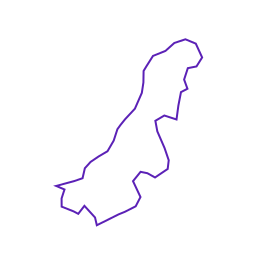 outline of Dong-gu, South Chungcheong, South Korea, rotated 198°
{"feature_id": "91817680B53543824194985", "entity_name": "Dong-gu", "entity_type": "district", "adm_level": 2, "iso_a3": "KOR", "parent_name": "South Korea", "parent_adm1": "South Chungcheong", "projection": "natural_earth1", "projection_center": [127.479, 36.306], "detail": "fine", "context": "isolated", "style": "outline", "palette": "violet", "viewbox_px": 256, "rotation_deg": 198, "n_neighbors": 0, "source": "geoboundaries", "source_scale": "gbopen_adm2", "svg_char_len": 758}
<svg xmlns="http://www.w3.org/2000/svg" viewBox="0 0 256 256"><g transform="rotate(198 128 128)"><path d="M148.8,31.0L145.4,40.5L131.7,32.7L127.6,25.9L110.2,43.0L105.1,47.3L96.5,55.9L94.8,66.2L106.8,79.0L102.5,90.2L95.6,91.0L87.0,89.3L79.5,98.9L77.6,101.3L79.3,109.9L87.0,120.2L99.1,133.9L104.2,143.3L97.3,151.1L84.5,151.1L87.0,164.8L88.7,178.5L83.6,183.7L89.6,191.4L89.6,203.4L81.9,207.7L79.3,218.0L89.6,229.2L100.8,230.1L110.2,223.2L116.2,212.9L126.5,204.3L129.5,192.6L130.8,187.1L127.4,176.0L125.7,165.7L127.4,148.5L133.4,135.6L136.0,128.8L137.7,123.6L137.7,111.6L140.3,99.6L147.1,91.9L153.1,84.2L156.6,76.4L155.7,66.2L162.6,61.0L178.4,50.7L169.4,49.9L169.4,40.5L166.8,32.7L154.0,31.9L148.8,31.0Z" fill="none" stroke="#5b21b6" stroke-width="2"/></g></svg>